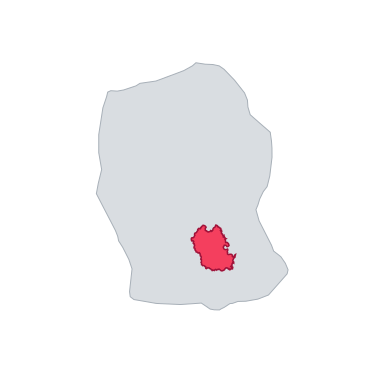 Qhoasing, Mohale's Hoek, Lesotho shown in context, rotated 301°
{"feature_id": "5366337B8464119840521", "entity_name": "Qhoasing", "entity_type": "district", "adm_level": 2, "iso_a3": "LSO", "parent_name": "Lesotho", "parent_adm1": "Mohale's Hoek", "projection": "mercator", "projection_center": [27.882, -30.022], "detail": "fine", "context": "in_parent", "style": "filled", "palette": "rose", "viewbox_px": 384, "rotation_deg": 301, "n_neighbors": 0, "source": "geoboundaries", "source_scale": "gbopen_adm2", "svg_char_len": 6537}
<svg xmlns="http://www.w3.org/2000/svg" viewBox="0 0 384 384"><g transform="rotate(301 192 192)"><path d="M245.8,250.4L236.4,253.3L235.1,253.6L229.1,252.9L221.1,253.6L214.7,255.2L209.8,255.9L201.8,264.4L187.3,287.6L183.4,292.4L182.3,301.5L179.0,308.7L174.8,314.4L170.8,315.7L158.7,313.5L143.1,310.6L134.1,303.6L126.1,294.4L121.8,287.7L117.4,284.1L115.9,282.0L109.5,278.9L107.1,277.3L105.0,276.2L102.5,271.8L101.0,267.9L101.6,257.2L97.1,250.8L89.5,239.9L84.7,231.0L78.1,218.8L74.1,208.4L69.9,197.6L70.4,193.0L74.4,189.8L86.1,184.4L95.2,180.2L101.7,172.6L108.9,161.1L112.3,154.3L115.8,151.1L119.5,146.3L126.1,135.6L133.4,123.7L141.3,110.9L151.2,107.2L164.7,103.0L177.7,91.8L193.2,82.5L218.2,72.3L229.8,69.7L234.2,68.3L237.0,70.2L240.0,76.0L244.3,80.9L254.1,89.3L258.3,91.4L268.5,103.9L279.4,112.6L291.9,122.5L300.4,127.4L304.8,128.8L308.4,137.6L312.0,144.2L314.1,150.3L313.7,156.3L309.7,171.0L304.0,186.0L299.3,192.2L293.7,196.1L288.2,202.1L286.0,214.1L283.5,228.3L276.3,234.1L270.7,238.0L263.0,242.7L245.8,250.4Z" fill="#d9dde1" stroke="#a8b0b8" stroke-width="1"/><path d="M160.8,261.5L159.9,261.1L158.6,261.3L158.1,261.2L157.8,261.0L157.4,260.2L157.6,259.7L158.4,259.4L158.7,259.1L158.8,258.3L158.9,258.0L158.7,257.5L158.3,256.7L157.2,255.6L157.0,255.1L157.1,254.4L157.3,254.2L158.3,253.9L158.6,253.2L158.8,253.0L160.4,252.7L161.0,252.3L161.3,252.2L161.4,251.8L160.5,251.2L159.7,250.2L159.6,249.5L159.6,249.0L159.8,248.3L160.1,248.0L160.5,247.7L160.8,247.2L161.3,247.1L162.5,247.2L162.6,247.3L163.0,247.1L163.5,247.8L163.7,248.5L163.6,249.2L163.2,249.9L163.2,250.3L163.6,250.7L164.4,251.1L165.1,251.3L165.4,251.2L165.6,251.0L165.7,250.8L165.8,250.5L166.3,250.1L166.6,249.7L166.6,249.1L166.9,248.4L166.8,247.9L166.4,247.5L166.0,246.9L166.1,246.7L166.7,246.4L168.0,245.3L168.4,245.2L168.5,244.8L168.5,244.6L168.9,244.7L169.2,245.0L169.4,245.1L169.3,244.8L169.5,244.6L169.5,244.4L169.0,244.1L169.6,244.2L169.8,243.9L169.6,243.3L170.1,242.9L170.4,242.8L170.5,242.7L170.3,242.5L169.8,242.4L169.6,242.1L169.8,242.0L170.0,242.0L170.3,242.2L170.7,242.1L170.8,241.9L171.2,241.7L170.5,241.3L170.4,241.1L170.6,240.8L171.0,240.5L171.3,240.2L171.2,240.1L171.2,239.8L171.6,239.7L171.8,239.0L171.8,238.5L171.8,238.4L173.2,237.6L173.3,237.7L173.4,237.4L173.7,237.3L173.4,237.1L173.3,236.9L173.5,236.5L173.7,236.8L173.9,237.0L174.0,236.9L174.0,236.7L174.4,236.7L174.6,236.1L175.0,235.9L175.2,235.4L175.4,235.3L175.6,235.3L175.6,235.1L175.4,234.9L175.4,234.6L175.6,234.4L175.5,233.9L175.8,233.1L175.8,232.8L175.5,232.6L175.4,232.5L175.6,232.2L175.6,231.6L175.7,231.4L176.1,231.3L176.1,230.9L176.2,230.4L176.1,230.1L176.0,229.6L175.9,229.4L175.6,229.4L175.5,229.5L174.5,229.7L173.5,229.7L172.9,229.3L172.3,229.0L171.4,229.0L170.9,229.1L169.9,229.5L169.7,229.4L169.3,229.4L168.9,229.3L168.8,229.2L168.6,229.2L168.4,229.1L168.8,228.5L168.7,227.9L167.5,227.9L167.3,227.7L167.2,227.4L166.8,227.2L166.7,226.9L166.0,226.5L166.0,226.0L165.9,225.5L166.2,225.0L166.0,224.6L166.2,224.3L166.0,223.8L165.9,223.3L166.1,223.0L167.0,222.6L167.3,222.4L167.4,222.2L167.7,222.1L168.0,222.0L168.3,222.2L168.9,222.3L169.2,222.0L169.6,221.1L169.6,220.5L169.6,219.8L169.3,219.2L169.3,218.8L169.2,218.6L168.6,218.6L168.0,218.3L166.9,218.1L167.0,218.0L166.5,217.9L166.4,218.0L166.0,217.8L165.9,217.8L165.4,218.1L164.9,218.2L164.4,217.3L164.5,216.7L164.4,216.6L164.2,216.5L163.8,216.5L163.7,216.4L163.0,216.2L162.8,216.2L162.4,216.8L161.4,216.7L160.5,216.6L159.8,216.7L159.4,216.6L159.2,216.4L158.8,216.3L158.7,216.1L158.3,215.7L158.0,215.7L157.3,215.8L157.1,216.0L156.8,216.1L156.5,216.7L156.0,216.8L155.5,216.7L154.2,216.9L153.9,216.8L153.8,216.7L153.7,216.6L153.5,216.4L153.2,216.4L153.1,216.1L152.9,215.7L152.4,215.3L152.0,215.5L151.7,215.4L151.5,215.6L151.1,215.7L151.0,216.0L150.5,216.3L150.3,216.4L150.2,216.6L150.0,217.1L150.3,217.2L150.4,217.4L150.7,217.7L150.8,218.1L150.7,218.3L150.4,218.5L150.6,218.8L150.5,219.0L149.7,219.1L149.2,219.4L148.9,219.3L148.7,219.4L148.8,220.5L148.4,220.6L148.3,220.9L148.0,221.0L147.9,221.5L147.3,221.9L147.1,221.8L146.8,221.9L146.7,222.0L146.1,222.0L145.1,222.5L145.3,223.2L145.1,223.5L144.9,223.9L143.9,224.3L143.8,225.0L143.5,225.7L143.1,226.1L142.8,226.2L142.8,226.7L143.1,227.5L143.2,227.8L143.1,228.1L142.9,228.3L142.8,228.7L143.2,229.2L143.7,229.4L143.8,229.6L143.6,229.9L143.5,230.2L143.3,230.4L143.0,230.7L143.1,230.9L142.6,231.3L142.2,231.8L142.0,232.0L141.6,231.9L141.5,232.0L141.4,232.9L141.2,233.4L140.7,233.5L140.3,233.9L139.2,234.0L138.9,234.1L138.8,234.5L138.9,234.9L138.7,235.0L137.7,235.6L137.4,235.7L136.9,236.2L136.2,236.1L136.1,236.4L135.3,237.4L135.1,237.5L134.6,237.6L134.6,237.8L134.6,238.6L134.4,239.0L134.6,239.1L134.7,239.5L134.9,239.7L135.1,240.3L135.1,240.7L134.8,241.5L135.0,241.6L135.0,242.3L134.9,242.4L134.4,242.6L134.2,243.0L133.7,243.2L133.8,243.4L133.7,243.7L134.3,243.9L134.4,244.2L135.0,244.3L135.2,244.5L135.4,244.6L135.4,245.0L135.5,245.3L135.8,245.7L135.5,246.0L135.5,246.8L135.8,247.4L135.3,248.6L135.5,249.1L135.3,249.2L135.3,249.5L135.1,249.8L135.9,250.2L136.0,250.7L136.1,251.1L136.1,251.5L137.0,251.6L137.7,251.9L137.7,252.0L137.5,252.4L137.9,252.8L137.8,253.0L138.0,253.0L138.1,253.5L138.4,253.7L138.6,253.7L138.6,253.8L138.8,254.1L139.0,254.2L139.1,254.4L139.3,254.4L139.5,254.6L139.8,254.8L139.7,255.1L139.8,255.2L139.7,255.5L139.8,256.5L139.7,256.8L139.6,257.0L139.5,257.5L139.8,258.0L139.8,258.3L140.0,258.4L140.4,258.9L140.9,259.1L141.0,259.3L141.6,259.6L141.9,259.7L142.0,259.9L142.4,259.8L142.9,259.9L143.0,259.8L143.3,259.9L143.6,259.9L143.8,260.0L144.3,260.1L144.7,260.3L144.8,260.6L144.7,260.7L144.7,261.0L144.8,261.2L145.1,261.4L145.1,261.6L145.2,261.8L145.1,262.0L144.9,262.3L144.8,262.5L145.1,262.5L145.1,262.9L145.3,263.1L145.4,263.3L145.1,263.6L144.7,264.0L144.7,264.3L145.0,264.7L145.3,264.8L146.5,265.0L147.0,265.1L147.0,265.4L147.0,265.5L146.8,265.5L146.9,265.9L146.7,266.1L146.8,266.2L147.0,266.3L147.8,265.9L148.1,265.9L148.1,265.6L147.9,265.4L148.0,265.3L148.0,265.1L148.3,265.1L148.6,265.1L148.5,264.8L148.4,264.7L148.5,264.5L148.8,264.3L148.2,263.8L148.1,263.6L148.5,263.6L148.8,263.8L149.3,263.8L149.7,264.0L149.8,263.8L150.5,263.7L150.8,263.3L151.6,263.5L152.1,263.3L152.1,263.5L152.3,263.6L152.5,263.6L152.5,264.0L152.6,263.9L152.8,264.2L153.1,263.9L153.4,263.9L153.5,263.8L153.5,263.5L153.6,263.4L153.6,263.2L153.8,262.7L154.2,262.5L154.2,262.3L154.4,262.1L154.6,262.0L155.6,262.1L156.2,261.9L156.9,261.9L157.8,262.3L158.1,262.4L158.5,262.3L158.8,262.2L159.4,261.7L159.6,261.6L160.3,261.7L160.8,261.5Z" fill="#f43f5e" stroke="#9f1239" stroke-width="1.5"/></g></svg>